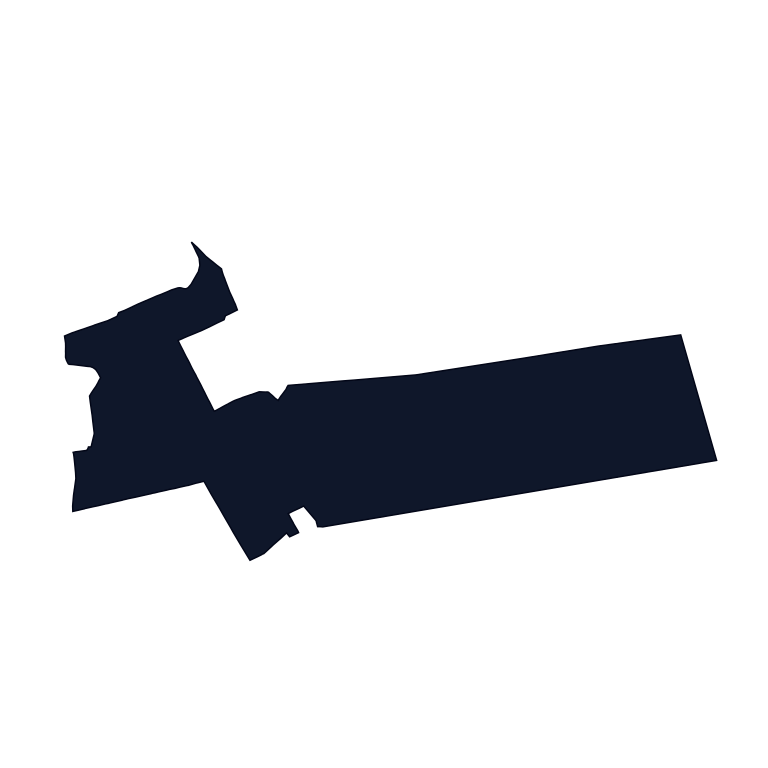 As Safiyah, Amanat Al Asimah, Yemen, rotated 354°
{"feature_id": "15242507B54206098311522", "entity_name": "As Safiyah", "entity_type": "district", "adm_level": 2, "iso_a3": "YEM", "parent_name": "Yemen", "parent_adm1": "Amanat Al Asimah", "projection": "orthographic", "projection_center": [44.221, 15.343], "detail": "fine", "context": "isolated", "style": "filled", "palette": "ink", "viewbox_px": 768, "rotation_deg": 354, "n_neighbors": 0, "source": "geoboundaries", "source_scale": "gbopen_adm2", "svg_char_len": 3296}
<svg xmlns="http://www.w3.org/2000/svg" viewBox="0 0 768 768"><g transform="rotate(354 384 384)"><path d="M71.3,302.9L71.6,310.0L71.3,313.6L70.7,318.4L70.6,320.1L70.1,324.1L70.6,326.9L71.3,328.9L72.1,330.9L72.9,331.5L76.9,332.2L91.5,335.6L92.7,335.8L93.8,336.0L96.4,337.3L98.8,339.5L100.6,342.7L101.4,344.6L102.8,348.2L100.7,351.1L99.7,352.8L97.2,356.3L94.9,358.9L92.0,362.4L89.9,365.2L90.0,371.2L90.4,382.2L90.5,384.8L90.5,390.3L90.7,402.6L90.4,403.9L86.6,414.6L86.2,415.8L85.2,415.9L84.4,415.8L83.5,415.7L83.0,416.9L82.2,418.1L81.2,419.0L75.8,419.1L74.3,419.2L70.1,419.2L67.7,419.5L68.0,420.9L68.1,424.1L68.1,425.1L68.1,426.5L68.1,431.0L68.0,440.0L67.7,445.8L66.1,452.3L65.3,455.6L65.0,456.6L63.6,462.3L61.6,472.8L61.2,478.2L61.9,478.1L67.3,477.5L70.9,477.0L72.9,476.8L74.0,476.5L76.1,476.3L82.1,475.6L85.3,475.3L87.3,475.1L94.6,474.1L96.4,474.0L97.7,473.9L98.6,473.7L106.1,472.8L111.4,472.2L112.1,472.0L116.2,471.5L117.4,471.3L124.7,470.6L129.7,470.0L139.1,468.9L140.4,468.8L142.6,468.4L144.5,468.3L148.0,467.8L150.5,467.5L152.5,467.3L156.9,466.8L159.5,466.4L165.1,466.0L169.7,465.3L174.9,464.7L177.7,464.4L178.6,464.4L187.0,462.9L188.3,462.8L194.8,461.9L200.5,475.2L204.9,484.9L205.3,485.7L206.9,489.2L208.1,491.9L211.1,498.8L216.7,511.3L217.0,512.1L218.5,515.6L224.4,528.5L232.3,545.3L241.4,542.1L244.6,540.9L245.3,540.4L246.6,540.2L253.5,535.1L255.0,534.0L256.9,532.5L262.0,528.9L265.6,526.4L271.5,521.9L274.2,526.1L278.3,524.7L279.7,524.2L281.7,523.5L283.5,522.9L283.0,521.2L280.1,514.9L279.7,514.1L279.2,512.6L277.2,507.9L275.2,502.9L279.7,501.1L285.3,499.2L286.8,498.7L291.4,497.0L301.7,512.1L302.2,512.9L302.3,513.6L302.4,514.5L303.1,518.9L305.0,519.1L308.2,519.7L706.8,494.7L684.2,366.2L601.2,368.7L524.9,373.0L416.7,378.3L354.9,377.0L341.9,376.6L288.5,375.4L287.3,376.9L285.9,379.3L284.5,380.7L282.7,382.7L281.1,384.4L280.1,385.4L278.3,387.6L277.0,389.3L274.3,386.9L271.8,383.9L269.1,381.1L268.4,380.2L267.5,379.8L265.0,379.6L259.1,378.7L251.0,380.7L250.1,380.8L247.2,381.5L246.1,381.7L241.7,382.7L240.7,383.1L236.0,384.2L234.1,384.7L232.0,385.4L224.8,388.3L222.1,389.4L214.1,392.8L212.4,393.3L211.6,391.8L210.1,387.7L208.6,383.7L208.1,382.5L207.4,380.9L205.3,375.3L204.9,374.1L203.0,369.2L201.9,366.1L198.2,356.9L197.9,355.8L196.6,352.8L194.7,348.2L193.5,344.9L193.1,343.7L192.4,341.8L191.7,340.0L190.0,336.0L188.3,331.5L188.0,330.6L185.6,324.4L183.7,319.2L190.8,316.9L194.0,315.9L198.9,314.5L208.9,311.5L217.4,308.5L224.6,305.8L230.4,303.8L231.7,303.3L232.7,301.0L233.4,299.6L239.8,297.3L241.1,296.8L245.9,295.0L244.8,290.7L244.5,289.3L243.3,285.9L242.5,283.2L240.7,278.0L240.2,276.6L237.2,265.3L237.0,264.6L236.7,263.1L235.5,258.9L234.8,255.4L234.4,252.5L231.4,249.6L230.0,248.3L226.3,244.5L224.6,242.9L220.1,238.4L214.2,230.7L213.3,229.6L212.7,228.8L210.0,225.8L207.3,222.7L207.7,224.0L208.6,226.0L209.6,228.8L210.3,230.7L210.8,232.3L212.9,238.0L213.3,239.5L213.3,246.7L211.1,253.0L210.6,253.6L202.5,264.8L199.3,267.7L198.4,268.2L196.8,268.6L194.7,268.2L192.2,267.2L190.8,266.9L190.1,266.9L189.0,266.9L182.6,268.2L178.3,269.6L173.6,271.0L171.6,271.6L166.9,272.8L162.9,274.1L148.0,278.7L133.7,283.7L127.6,285.3L125.6,288.8L124.0,289.4L116.9,291.8L116.2,292.1L107.9,293.9L102.0,295.2L101.3,295.5L79.3,300.5L71.3,302.9Z" fill="#0f172a" stroke="#020617" stroke-width="1.5"/></g></svg>